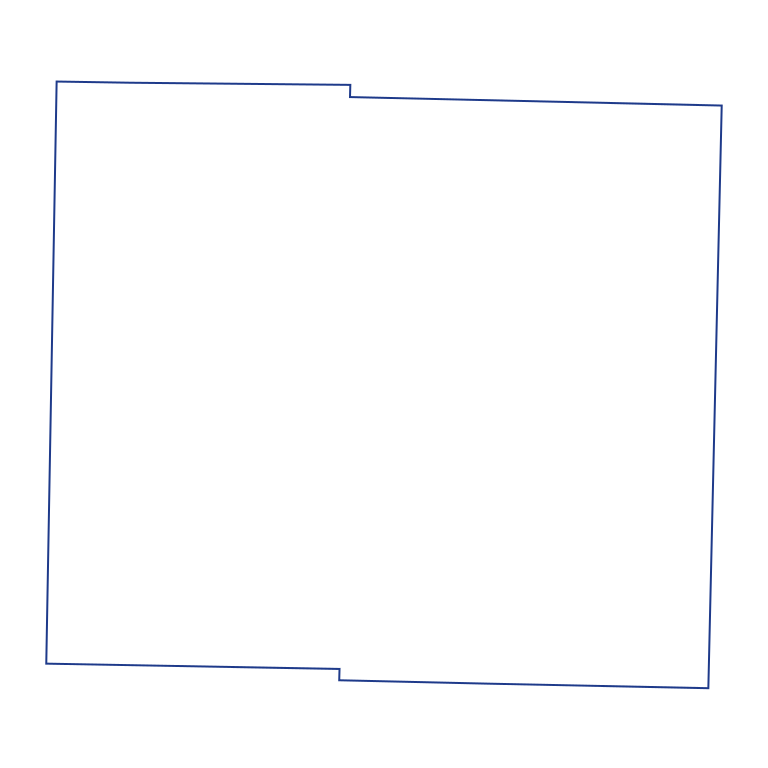 Coffey, Kansas, United States of America, rotated 271°
{"feature_id": "52423323B11370315418509", "entity_name": "Coffey", "entity_type": "district", "adm_level": 2, "iso_a3": "USA", "parent_name": "United States of America", "parent_adm1": "Kansas", "projection": "albers", "projection_center": [-95.754, 38.236], "detail": "fine", "context": "isolated", "style": "outline", "palette": "blue", "viewbox_px": 768, "rotation_deg": 271, "n_neighbors": 0, "source": "geoboundaries", "source_scale": "gbopen_adm2", "svg_char_len": 290}
<svg xmlns="http://www.w3.org/2000/svg" viewBox="0 0 768 768"><g transform="rotate(271 384 384)"><path d="M86.2,493.7L85.5,713.6L668.3,716.8L670.3,345.0L682.5,345.1L680.8,124.8L680.7,51.4L98.5,51.2L98.3,344.5L87.0,344.4L86.2,493.7Z" fill="none" stroke="#1e3a8a" stroke-width="2"/></g></svg>